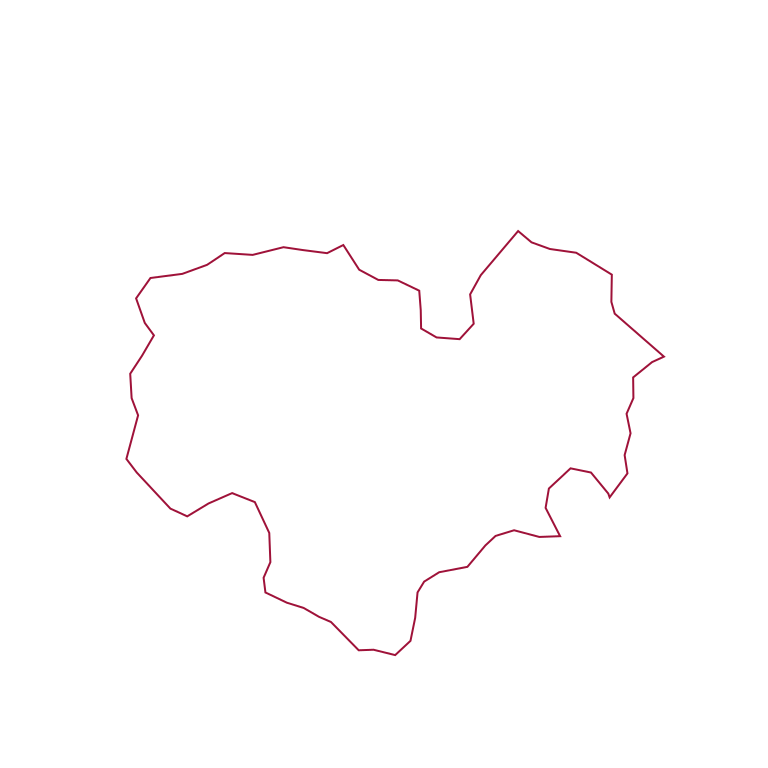 Gokseong-gun, South Jeolla, South Korea, rotated 137°
{"feature_id": "91817680B55822624410007", "entity_name": "Gokseong-gun", "entity_type": "district", "adm_level": 2, "iso_a3": "KOR", "parent_name": "South Korea", "parent_adm1": "South Jeolla", "projection": "robinson", "projection_center": [127.266, 35.202], "detail": "fine", "context": "isolated", "style": "outline", "palette": "rose", "viewbox_px": 768, "rotation_deg": 137, "n_neighbors": 0, "source": "geoboundaries", "source_scale": "gbopen_adm2", "svg_char_len": 1138}
<svg xmlns="http://www.w3.org/2000/svg" viewBox="0 0 768 768"><g transform="rotate(137 384 384)"><path d="M296.3,147.2L266.9,152.6L256.5,167.9L237.3,179.8L226.9,196.8L211.2,203.6L197.3,218.9L173.0,217.2L160.6,213.1L167.3,278.1L161.7,289.0L142.8,308.6L153.9,348.9L170.6,369.6L179.5,387.0L181.6,404.4L239.0,397.6L259.9,390.8L277.3,366.9L298.1,365.2L313.8,382.2L319.0,399.3L306.8,412.9L294.6,428.2L303.3,450.4L317.2,464.0L324.2,484.5L319.3,511.5L319.0,513.4L336.4,518.5L352.0,537.3L364.2,552.6L392.0,568.0L411.2,588.4L432.1,591.8L456.4,602.1L482.5,620.8L506.9,615.7L517.3,591.8L519.1,576.5L541.7,569.7L562.6,564.6L578.2,545.8L585.2,528.8L623.5,504.9L625.2,487.9L625.2,462.3L625.2,438.5L621.3,429.1L618.2,421.4L593.8,416.3L569.5,407.8L559.0,385.7L569.5,353.3L588.6,331.2L604.2,324.4L612.9,312.4L604.2,290.3L595.5,275.0L590.3,258.0L585.1,246.1L584.1,206.5L572.9,196.8L560.7,178.1L539.8,178.1L520.7,191.7L501.6,208.7L489.4,212.1L472.0,208.7L447.7,193.4L419.9,196.8L406.0,196.8L388.6,188.3L374.7,166.2L359.0,152.6L350.3,183.2L334.7,195.1L305.1,195.1L293.0,178.1L294.7,150.9L296.3,147.2Z" fill="none" stroke="#9f1239" stroke-width="2"/></g></svg>